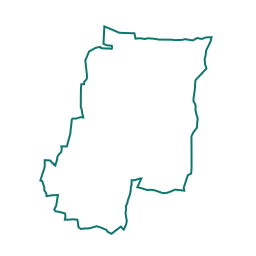 Chumayel, Yucatán, Mexico (Albers equal-area conic projection), rotated 354°
{"feature_id": "50627088B77720764307123", "entity_name": "Chumayel", "entity_type": "district", "adm_level": 2, "iso_a3": "MEX", "parent_name": "Mexico", "parent_adm1": "Yucatán", "projection": "albers", "projection_center": [-89.289, 20.471], "detail": "fine", "context": "isolated", "style": "outline", "palette": "teal", "viewbox_px": 256, "rotation_deg": 354, "n_neighbors": 0, "source": "geoboundaries", "source_scale": "gbopen_adm2", "svg_char_len": 2763}
<svg xmlns="http://www.w3.org/2000/svg" viewBox="0 0 256 256"><g transform="rotate(354 128 128)"><path d="M211.3,67.9L211.9,66.4L213.0,63.1L213.8,59.1L216.9,54.2L217.6,53.0L219.3,50.3L219.9,48.3L220.6,46.4L217.2,46.2L215.1,46.1L213.0,46.5L210.8,47.2L206.9,46.0L206.3,45.7L202.2,47.5L201.2,47.6L195.3,46.0L194.6,45.6L192.0,45.9L190.5,46.0L182.9,45.4L181.1,44.8L168.1,43.3L162.6,41.8L156.5,40.8L154.2,41.3L152.4,40.7L151.5,40.7L150.3,40.1L148.8,40.1L146.5,39.9L144.8,39.9L144.3,34.5L137.2,33.5L129.4,32.4L115.1,24.5L112.4,41.8L115.7,43.6L120.5,44.5L120.6,46.0L120.2,47.3L120.0,47.6L117.4,46.9L115.5,46.8L109.6,45.8L108.9,44.4L104.2,44.9L97.3,47.8L92.6,56.4L92.6,59.9L92.7,71.2L92.2,74.7L91.4,75.7L89.3,77.4L88.9,79.8L86.2,79.6L85.7,81.9L85.6,82.3L85.3,84.1L84.6,89.8L83.2,102.5L83.8,104.2L84.1,109.6L84.5,111.6L84.6,112.9L83.1,112.5L82.0,112.3L77.9,113.1L77.3,113.1L76.6,113.2L75.3,113.0L74.4,112.8L73.4,113.2L73.0,113.8L72.9,114.4L70.5,125.1L70.1,127.5L69.9,127.9L65.3,139.9L59.8,139.3L59.9,142.0L59.2,144.7L58.5,145.4L57.6,146.2L56.4,147.1L55.4,148.3L54.8,149.3L54.5,150.4L54.4,151.6L54.2,151.7L54.0,152.5L52.3,156.4L51.8,157.8L50.3,156.7L50.6,155.9L48.8,154.7L48.7,154.5L48.7,154.4L47.5,152.5L47.1,152.1L43.0,151.5L42.9,151.5L42.7,151.4L41.8,151.3L41.2,157.2L41.1,158.0L39.4,162.0L38.3,164.2L36.3,168.9L35.4,171.1L36.4,171.5L37.2,172.0L38.5,178.5L38.2,181.3L39.2,182.9L39.9,185.1L39.9,186.4L39.9,187.2L44.9,187.0L51.3,187.3L49.0,195.8L48.8,196.8L48.4,197.7L48.0,198.7L47.4,199.2L46.1,201.4L47.2,203.3L50.6,204.1L56.5,206.4L56.6,207.5L56.4,210.1L55.6,212.6L58.7,212.9L60.5,213.1L61.6,213.0L63.1,213.0L65.0,213.3L67.9,213.8L68.2,215.2L68.4,221.5L70.5,223.5L73.1,223.4L74.7,223.4L76.9,223.7L79.7,223.6L80.0,223.6L86.6,222.4L91.4,224.5L93.5,225.8L94.2,226.2L94.7,226.4L95.8,227.0L96.8,229.0L100.5,231.5L110.6,225.3L113.1,228.6L116.0,223.8L117.1,220.2L116.6,212.4L117.6,208.8L117.7,206.8L117.7,205.8L118.7,203.8L119.1,203.4L119.3,203.1L119.4,202.6L119.7,202.1L119.9,200.9L120.3,199.9L121.5,197.4L121.6,197.0L122.4,195.7L123.3,193.2L124.1,190.7L124.8,186.4L125.4,185.7L125.7,184.8L125.6,184.4L126.2,180.3L127.2,180.5L129.5,180.5L131.2,180.2L132.6,179.9L134.5,179.5L136.0,179.6L135.3,180.7L134.3,182.4L133.1,184.5L131.1,187.9L133.1,188.6L135.1,189.3L138.0,190.6L140.0,191.4L141.4,191.8L143.4,191.7L147.0,192.4L150.8,194.0L156.0,196.5L157.6,196.5L160.5,196.5L164.2,195.5L168.3,194.2L177.4,196.2L177.1,193.4L180.2,186.5L182.6,181.2L186.1,179.9L187.2,173.1L187.6,168.7L187.7,167.6L188.2,163.3L190.2,143.1L192.1,139.7L196.5,134.9L198.3,125.8L197.5,121.6L196.9,117.2L197.3,115.5L197.5,112.7L197.5,112.0L195.9,108.0L196.5,104.5L198.7,95.7L199.8,88.5L200.5,87.1L212.2,77.1L211.5,73.2L211.2,71.8L211.5,70.0L211.3,67.9Z" fill="none" stroke="#0f766e" stroke-width="2"/></g></svg>